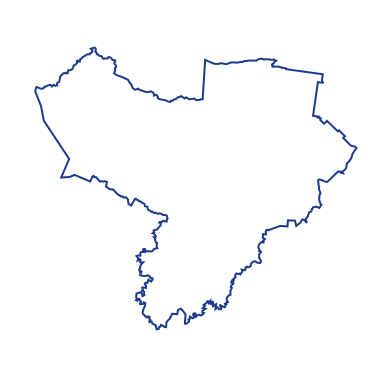 Barossa, South Australia, Australia, rotated 273°
{"feature_id": "25037944B31531764292735", "entity_name": "Barossa", "entity_type": "district", "adm_level": 2, "iso_a3": "AUS", "parent_name": "Australia", "parent_adm1": "South Australia", "projection": "albers", "projection_center": [138.893, -34.613], "detail": "fine", "context": "isolated", "style": "outline", "palette": "blue", "viewbox_px": 384, "rotation_deg": 273, "n_neighbors": 0, "source": "geoboundaries", "source_scale": "gbopen_adm2", "svg_char_len": 5970}
<svg xmlns="http://www.w3.org/2000/svg" viewBox="0 0 384 384"><g transform="rotate(273 192 192)"><path d="M244.5,353.9L245.9,352.3L246.2,349.6L246.9,347.9L253.9,340.2L255.7,341.8L261.3,335.5L260.2,334.5L270.1,323.1L267.1,320.3L270.7,316.3L272.3,316.7L273.0,313.8L273.9,314.6L274.4,308.9L308.3,312.0L307.9,317.1L307.3,317.5L310.4,315.9L316.4,316.5L319.6,279.6L320.2,279.6L320.7,277.8L320.6,275.4L321.3,274.9L321.2,273.3L321.8,271.8L321.4,266.1L322.4,266.2L322.5,265.4L323.6,265.2L325.3,267.2L326.5,267.6L327.4,269.2L328.6,266.9L328.1,264.7L328.5,261.0L328.2,256.5L328.8,254.3L328.1,251.5L326.6,249.5L326.3,242.0L325.5,239.0L325.7,237.9L324.4,235.3L324.5,233.9L323.5,230.4L323.6,224.9L321.4,219.4L322.2,213.8L321.3,212.0L321.2,207.5L324.5,198.2L285.3,197.8L285.3,196.2L284.7,195.8L283.9,191.5L285.4,189.4L284.4,184.4L286.0,181.9L286.0,180.6L285.3,180.4L285.0,179.6L287.3,176.1L286.3,175.0L286.2,173.7L285.4,172.4L283.8,170.9L283.7,169.3L282.1,167.9L282.1,166.3L280.8,165.6L281.2,163.0L282.1,161.3L283.0,154.9L283.8,153.0L285.4,153.0L287.2,151.3L286.4,149.0L287.3,149.1L289.1,148.1L290.3,145.6L289.4,142.6L289.6,140.1L291.8,132.9L292.3,132.8L291.1,129.6L292.9,127.3L297.3,125.0L297.8,124.0L300.7,122.2L303.4,115.5L304.7,110.8L306.5,108.0L309.4,108.9L312.0,108.7L312.7,109.6L313.8,109.7L316.5,107.7L317.6,107.8L318.3,108.6L319.7,108.0L319.7,105.9L321.9,103.8L322.5,101.8L320.7,100.3L320.9,98.2L320.4,97.0L320.7,95.9L322.9,94.7L323.1,92.3L324.2,91.5L324.5,89.7L326.3,89.5L326.8,88.3L330.0,88.4L331.0,87.7L331.0,86.8L329.8,83.5L328.1,85.2L327.4,85.2L325.6,84.2L325.3,83.0L324.1,82.6L324.0,80.3L320.8,75.5L319.5,74.7L318.9,73.4L316.4,73.2L316.4,72.3L317.4,70.9L316.5,70.1L315.5,70.8L313.0,68.9L312.1,67.4L308.5,66.1L307.4,64.3L306.9,61.8L304.1,61.6L304.4,60.1L303.9,59.8L304.0,57.8L302.1,55.7L300.3,54.4L295.0,53.6L294.2,52.0L292.6,51.4L291.4,51.8L290.9,49.8L291.8,48.2L290.0,46.6L291.4,45.3L291.6,44.4L290.1,40.7L289.6,40.5L289.7,39.8L287.5,37.7L287.2,36.0L288.7,31.5L288.2,30.9L284.4,30.1L270.0,36.7L255.5,40.3L218.6,67.6L199.6,60.6L200.6,68.8L202.9,73.9L197.2,89.8L202.2,91.7L202.9,93.1L201.7,93.6L201.9,95.2L197.6,99.6L198.1,101.6L197.7,102.8L198.2,103.9L197.6,106.5L193.0,105.8L190.4,109.9L190.4,113.1L185.5,118.2L184.8,120.1L183.7,121.3L184.1,122.8L182.8,124.0L183.4,126.2L181.2,128.4L176.8,129.2L175.3,132.0L182.1,135.4L182.3,136.3L181.7,136.5L181.2,138.5L180.2,139.2L179.8,141.3L179.0,142.0L177.7,145.1L175.3,145.8L174.9,148.3L172.8,148.6L171.6,149.6L171.3,150.9L169.9,152.8L170.3,153.8L169.0,155.2L169.5,156.6L168.4,158.9L169.0,161.1L168.4,163.2L167.5,164.2L167.6,167.1L167.1,168.0L164.1,169.0L163.3,168.2L161.2,168.3L161.7,164.6L160.8,164.1L160.3,161.1L159.8,161.0L160.1,162.4L157.2,162.4L152.6,158.9L151.9,156.2L151.2,155.6L149.8,156.5L148.7,155.0L148.4,156.1L146.0,158.1L145.5,157.8L145.0,156.3L143.7,157.9L142.8,157.5L139.6,158.7L139.3,159.7L135.4,159.5L134.1,160.3L133.0,156.9L131.0,155.7L130.5,154.6L130.5,148.8L132.7,147.9L132.7,147.0L132.3,146.2L131.6,146.1L129.7,147.7L129.4,144.4L128.6,143.7L125.7,143.7L125.8,141.4L125.1,139.9L123.2,141.6L120.7,141.3L122.3,143.3L121.4,144.2L119.8,143.6L119.1,144.0L119.2,146.9L117.6,145.3L114.6,144.0L113.5,144.4L111.6,143.3L109.6,144.2L110.4,145.1L109.7,145.8L106.2,144.5L105.5,148.4L105.9,150.9L106.6,152.0L105.3,154.5L104.0,155.1L103.9,156.8L102.8,157.3L100.5,156.0L102.2,153.1L98.9,152.2L98.6,151.8L99.1,150.6L98.3,149.8L97.5,149.6L95.9,151.0L93.8,151.1L94.2,147.8L93.9,147.2L91.7,148.1L90.3,147.1L90.4,148.2L89.9,149.3L86.5,149.8L85.4,148.0L87.9,147.3L89.0,145.9L88.8,144.3L87.7,141.9L84.0,141.7L82.4,142.7L81.1,141.8L80.6,143.2L82.6,144.5L82.6,145.1L80.9,145.5L80.0,146.9L77.8,145.8L77.2,146.1L77.6,148.8L79.3,149.7L78.6,151.2L75.8,151.0L71.6,149.3L69.0,149.0L67.4,149.5L66.4,151.2L65.2,152.0L65.3,153.0L64.4,153.5L65.5,154.8L65.0,156.2L63.1,155.9L62.2,157.0L60.9,156.2L59.9,156.3L60.6,158.4L58.5,159.4L57.3,161.7L57.3,162.5L53.0,163.9L53.6,166.0L55.2,166.0L56.1,167.6L57.6,167.9L56.7,170.6L55.7,171.6L55.7,173.2L60.7,173.3L64.7,176.6L69.4,178.6L69.2,183.6L73.5,184.2L74.9,187.1L71.9,190.0L69.0,192.0L60.7,191.7L60.2,191.8L60.0,192.9L62.3,195.7L63.2,195.9L64.3,195.1L65.4,196.6L67.4,196.5L66.0,199.0L66.3,200.1L67.8,200.4L69.4,199.6L70.7,199.9L71.0,201.3L70.5,202.0L68.8,201.4L67.5,202.3L68.8,203.2L69.8,205.5L69.1,207.4L70.6,209.5L71.9,210.3L72.4,208.6L74.0,208.7L76.1,211.6L76.7,208.9L78.9,210.8L79.8,209.5L81.8,212.1L83.8,213.2L83.8,213.8L82.0,214.5L83.9,215.8L81.8,215.8L81.1,216.6L81.3,217.1L83.5,217.3L83.6,218.3L81.9,219.2L79.4,218.7L78.9,219.1L81.1,221.9L76.4,221.6L78.2,223.4L76.4,225.0L76.5,227.0L77.3,227.3L79.7,226.0L80.4,226.1L78.7,230.1L78.9,231.1L80.2,231.4L82.0,230.8L82.0,232.4L83.6,232.2L83.9,233.6L86.6,232.2L88.2,232.3L90.6,234.1L91.5,235.9L94.8,235.4L98.3,236.8L98.9,235.8L100.2,235.9L102.9,238.2L103.7,237.7L103.2,237.1L103.5,236.0L104.3,235.9L106.5,237.1L105.7,238.1L108.3,238.7L109.4,240.0L111.0,239.5L112.2,239.8L113.0,240.8L112.4,242.3L113.0,243.7L112.3,244.7L115.2,246.4L117.1,245.7L116.6,248.8L117.7,249.5L118.7,249.2L120.3,250.6L119.6,251.9L120.9,254.3L123.9,254.8L126.0,257.2L126.0,259.2L125.1,260.3L124.6,262.5L124.7,263.6L126.4,264.7L129.7,262.5L133.4,262.4L135.9,264.1L136.5,263.5L136.7,262.0L138.4,262.3L139.8,261.3L141.3,261.2L143.2,261.8L145.7,263.9L145.8,264.6L145.1,265.4L145.4,266.2L147.1,265.6L148.7,267.3L150.0,265.1L153.6,265.1L153.5,268.0L156.2,267.8L158.1,268.4L157.8,270.3L158.2,270.4L158.1,270.9L162.7,281.8L162.6,289.1L168.7,289.3L168.8,296.4L163.6,297.9L167.1,301.8L170.4,303.6L169.8,305.7L167.0,308.2L171.3,307.0L173.6,308.9L177.9,310.1L178.8,312.2L180.1,312.3L183.1,313.8L183.8,316.8L182.8,320.0L186.1,322.0L186.9,320.9L190.9,319.4L195.4,319.4L197.4,320.4L201.8,318.6L203.7,318.8L205.0,318.1L210.4,317.4L211.1,318.2L211.2,319.3L209.2,325.1L209.2,326.6L220.2,336.9L219.8,338.6L220.1,339.3L219.0,339.7L218.6,341.9L220.0,340.9L222.0,343.3L224.2,344.8L228.6,345.2L231.2,347.6L234.7,349.5L238.6,350.3L244.5,353.9Z" fill="none" stroke="#1e3a8a" stroke-width="2"/></g></svg>